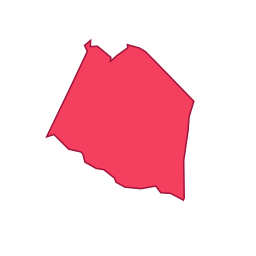 Scott, Kentucky, United States of America (Robinson projection), rotated 139°
{"feature_id": "52423323B62206076299772", "entity_name": "Scott", "entity_type": "district", "adm_level": 2, "iso_a3": "USA", "parent_name": "United States of America", "parent_adm1": "Kentucky", "projection": "robinson", "projection_center": [-84.575, 38.305], "detail": "fine", "context": "isolated", "style": "filled", "palette": "rose", "viewbox_px": 256, "rotation_deg": 139, "n_neighbors": 0, "source": "geoboundaries", "source_scale": "gbopen_adm2", "svg_char_len": 588}
<svg xmlns="http://www.w3.org/2000/svg" viewBox="0 0 256 256"><g transform="rotate(139 128 128)"><path d="M124.3,46.8L107.2,67.0L84.2,86.8L74.5,96.4L60.8,105.0L64.0,163.4L64.8,174.4L66.8,180.7L73.8,191.3L75.6,188.7L88.7,189.9L97.6,189.8L94.6,192.5L97.4,209.7L103.0,214.2L98.7,218.7L106.6,218.8L108.4,212.5L140.8,198.2L195.2,174.7L188.1,171.6L186.7,150.9L179.4,141.1L179.0,138.3L182.9,130.5L178.6,118.5L173.6,112.5L171.1,99.1L172.6,94.9L169.1,85.4L158.0,73.7L145.1,66.0L145.7,57.6L138.8,50.8L133.5,37.2L131.4,38.4L124.3,46.8Z" fill="#f43f5e" stroke="#9f1239" stroke-width="1.5"/></g></svg>